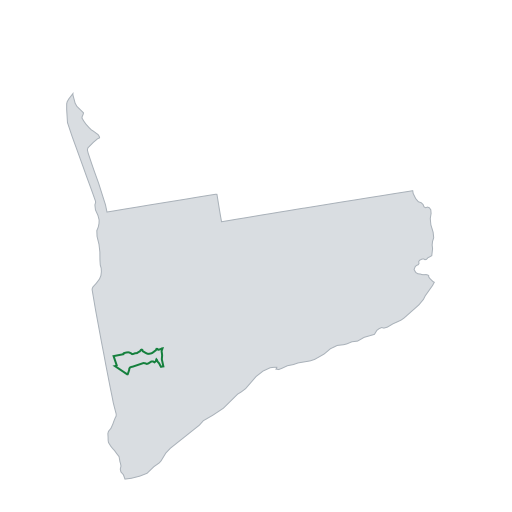 Oshana on a map of Namibia (orthographic projection), rotated 259°
{"feature_id": "NAM-3351", "entity_name": "Oshana", "entity_type": "Region", "adm_level": 1, "iso_a3": "NAM", "parent_name": "Namibia", "parent_adm1": "", "projection": "orthographic", "projection_center": [15.74, -18.505], "detail": "fine", "context": "in_parent", "style": "outline", "palette": "green", "viewbox_px": 512, "rotation_deg": 259, "n_neighbors": 0, "source": "natural_earth", "source_scale": "10m", "svg_char_len": 3979}
<svg xmlns="http://www.w3.org/2000/svg" viewBox="0 0 512 512"><g transform="rotate(259 256 256)"><path d="M397.1,100.1L403.3,99.1L409.2,98.2L416.0,97.3L421.5,96.6L422.9,96.4L435.9,98.1L441.5,99.2L443.5,100.1L445.9,102.2L450.4,107.3L449.2,107.0L440.5,107.6L437.1,108.7L429.4,114.0L427.8,113.2L426.1,112.0L424.6,111.5L421.2,112.7L417.9,114.2L414.2,116.4L411.1,118.5L410.1,119.7L405.2,124.2L403.7,124.8L402.3,125.1L401.8,124.9L401.3,122.8L398.6,118.0L394.3,111.7L393.0,111.0L392.1,110.7L388.7,110.9L378.7,112.2L370.3,113.4L357.4,115.4L343.5,117.0L335.0,118.0L327.6,118.1L327.4,124.2L327.1,136.6L326.7,148.9L326.4,161.2L326.0,173.6L325.6,185.9L325.2,198.2L324.9,210.5L324.5,222.9L324.3,228.2L324.0,229.4L319.9,229.3L310.5,229.0L302.6,228.8L296.2,228.7L296.0,236.0L295.8,244.6L295.5,253.3L295.3,261.9L295.1,270.6L294.8,279.2L294.6,287.8L294.3,296.5L294.1,305.1L293.9,311.6L293.8,312.3L293.4,324.9L293.0,338.3L292.6,351.6L292.1,365.0L291.7,378.3L291.2,391.6L290.8,404.9L290.3,418.1L290.2,422.3L287.4,422.2L281.9,423.7L278.3,425.7L276.8,428.3L274.7,429.8L272.2,430.3L271.0,431.7L271.3,433.7L270.3,435.3L268.0,436.4L264.4,436.0L259.5,434.2L253.2,433.6L245.5,434.4L240.0,433.9L236.7,432.1L233.2,431.0L229.4,430.7L227.2,430.0L222.8,428.6L222.0,426.3L221.5,424.5L220.2,422.7L220.1,421.2L221.1,420.1L221.3,418.3L220.6,415.8L219.4,414.6L217.6,414.6L216.5,413.6L216.1,411.7L215.1,410.2L212.6,408.6L209.3,409.7L207.7,411.5L206.8,414.2L206.0,415.5L205.5,417.8L205.3,419.4L204.5,421.1L203.6,421.8L202.7,421.5L201.0,422.2L197.3,424.7L196.2,426.0L193.3,423.6L184.6,414.5L181.5,412.1L176.9,406.5L166.7,389.2L165.3,385.9L163.3,377.5L161.1,371.3L160.8,367.8L161.8,365.7L161.2,363.0L160.0,360.5L156.5,357.3L155.5,346.5L153.1,339.5L153.5,333.8L152.4,328.5L152.2,325.1L152.7,318.7L150.8,311.4L146.8,304.2L143.3,293.8L142.7,289.2L143.0,276.9L142.3,271.9L142.3,266.0L140.8,259.9L140.2,256.6L141.2,254.0L141.8,254.8L142.8,255.2L143.4,251.7L143.6,248.6L141.7,240.9L137.7,233.1L127.8,220.5L125.4,215.6L123.9,211.6L112.8,194.9L107.9,183.1L104.4,172.9L100.8,168.2L83.6,135.2L79.8,129.9L73.0,123.7L71.4,121.6L68.7,115.6L63.5,107.6L62.1,100.0L61.6,91.4L62.0,84.8L66.6,84.1L69.8,82.2L72.7,82.1L75.6,83.4L78.6,83.4L79.8,83.2L85.2,83.3L88.3,81.7L92.0,80.0L94.2,78.6L97.1,77.1L101.1,75.6L103.4,75.7L106.2,76.2L109.9,76.7L112.0,77.7L114.5,80.7L118.3,83.4L121.2,85.1L124.4,87.2L125.4,88.1L126.9,88.5L127.7,88.6L133.7,88.2L139.2,87.9L145.1,87.9L156.1,87.8L167.1,87.8L178.2,87.8L189.2,87.9L200.3,87.9L211.3,88.0L222.4,88.1L233.4,88.2L237.9,88.3L245.8,88.5L254.1,88.7L255.0,88.9L256.0,89.5L256.7,90.0L259.6,93.9L263.3,98.0L266.3,100.0L270.0,101.2L273.5,101.7L276.8,101.4L282.2,102.1L289.7,103.5L297.5,104.1L305.6,103.7L311.3,104.6L314.5,106.7L317.9,108.1L321.3,108.9L326.0,108.6L331.9,107.2L336.9,107.6L339.2,108.8L340.5,108.9L349.2,107.6L356.2,106.5L366.7,104.8L375.3,103.5L388.1,101.5L397.1,100.1Z" fill="#d9dde1" stroke="#a8b0b8" stroke-width="1"/><path d="M174.8,96.6L174.8,96.8L175.3,98.4L179.7,97.8L184.9,97.1L184.9,107.0L185.3,107.0L185.7,107.5L185.9,108.1L186.0,110.6L185.8,112.3L185.5,113.1L184.2,114.9L183.6,115.3L183.3,115.8L183.3,117.1L183.6,118.5L183.4,120.7L183.7,121.4L184.1,122.2L184.5,123.7L185.8,125.2L185.9,126.0L185.4,126.5L184.7,126.5L184.1,126.7L183.2,127.8L182.0,129.1L180.9,130.6L180.5,131.5L180.4,132.5L180.4,134.4L180.5,134.8L180.6,135.6L181.6,137.7L182.1,138.6L182.4,139.4L182.9,140.0L183.8,140.6L183.6,141.5L183.0,141.8L182.6,142.1L182.6,143.0L182.9,145.1L183.2,145.8L183.2,146.6L180.9,145.3L179.9,145.1L178.8,145.1L176.4,144.9L172.8,143.9L171.6,143.8L170.6,143.9L165.3,144.0L165.4,142.3L165.3,141.9L165.4,141.5L166.3,141.3L167.1,141.0L168.2,140.7L169.2,140.4L170.3,139.7L171.5,139.1L172.6,139.0L173.5,138.5L172.9,138.1L172.1,137.8L171.5,137.0L171.0,136.0L172.1,134.9L172.4,133.1L171.1,129.9L170.9,128.2L171.8,126.8L172.4,125.1L170.9,113.9L170.9,112.3L170.5,110.9L169.5,110.1L168.2,109.7L164.9,107.8L164.4,107.5L164.4,107.0L174.8,96.6Z" fill="none" stroke="#15803d" stroke-width="2"/></g></svg>